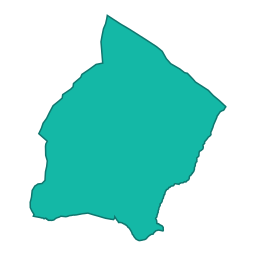 outline of Bradesti, Harghita, Romania
{"feature_id": "2599482B45908659223453", "entity_name": "Bradesti", "entity_type": "district", "adm_level": 2, "iso_a3": "ROU", "parent_name": "Romania", "parent_adm1": "Harghita", "projection": "mercator", "projection_center": [25.438, 46.404], "detail": "fine", "context": "isolated", "style": "filled", "palette": "teal", "viewbox_px": 256, "rotation_deg": 0, "n_neighbors": 0, "source": "geoboundaries", "source_scale": "gbopen_adm2", "svg_char_len": 4401}
<svg xmlns="http://www.w3.org/2000/svg" viewBox="0 0 256 256"><path d="M163.0,230.9L163.2,230.6L163.3,230.3L163.3,229.9L163.2,229.1L163.2,228.1L163.2,227.4L162.7,226.6L162.0,225.8L161.4,225.5L160.7,225.2L159.8,224.7L159.4,224.6L159.1,224.4L158.8,223.8L158.4,223.7L157.3,223.7L156.9,223.5L156.7,223.0L156.8,222.7L156.9,222.4L156.7,221.3L156.7,220.9L156.5,220.2L156.3,219.7L155.7,218.9L155.6,218.7L155.8,218.0L156.5,217.3L156.8,217.0L157.0,215.9L157.1,215.0L157.3,214.5L157.4,214.4L157.5,214.1L157.6,213.3L158.1,212.6L158.2,211.8L158.1,211.0L158.5,209.9L158.8,209.5L158.8,208.5L159.1,207.4L159.7,206.2L160.1,205.7L160.2,204.9L160.2,204.7L160.0,204.4L160.2,203.7L161.0,203.1L161.3,202.8L162.1,201.5L162.1,200.8L162.4,200.0L162.6,199.1L163.4,198.0L163.4,197.3L163.5,196.8L163.7,196.5L163.6,196.2L164.0,195.6L163.9,195.0L164.7,194.5L165.1,192.4L165.3,191.8L165.5,191.5L165.7,190.9L166.1,190.6L166.3,190.2L166.4,189.7L166.8,189.4L167.4,189.4L167.6,189.3L168.1,188.9L168.9,187.4L169.1,187.4L169.3,187.3L169.5,187.5L170.2,187.1L170.6,186.6L171.2,186.1L171.5,186.0L172.2,186.0L173.5,185.7L174.1,184.9L174.3,184.5L174.3,184.2L174.9,183.8L175.8,183.7L176.5,183.9L178.0,184.1L178.7,184.1L179.0,184.3L179.5,183.6L180.7,183.0L181.6,182.8L182.4,182.8L182.9,182.8L183.5,182.5L183.9,182.2L184.4,181.7L185.0,181.9L185.9,181.9L186.3,181.7L186.7,181.0L188.7,179.7L189.2,178.6L189.3,177.8L189.2,177.3L189.4,176.9L189.5,176.5L190.0,175.7L190.4,175.4L190.8,175.4L191.6,174.0L192.2,173.7L192.5,173.2L192.4,172.7L192.8,172.5L193.5,171.8L194.0,170.7L194.2,169.8L194.5,169.0L194.3,168.0L194.6,167.1L195.0,166.4L195.3,165.6L195.3,165.1L195.3,164.4L195.3,164.0L195.5,163.4L195.7,163.2L195.8,163.0L196.0,162.2L196.7,161.8L196.9,161.5L196.8,160.4L196.8,160.2L196.9,159.6L196.8,158.9L196.8,157.9L197.8,157.0L198.6,156.4L198.9,155.6L199.0,153.2L199.3,151.6L199.7,151.1L200.2,151.0L201.3,150.3L202.9,148.9L203.3,147.0L203.2,146.4L203.1,146.1L202.9,145.9L203.2,144.7L204.3,143.7L204.7,143.1L204.5,142.3L204.6,141.7L205.5,140.8L205.6,140.6L206.1,140.1L206.7,139.4L207.8,137.9L208.4,137.0L209.4,136.4L210.5,135.4L211.0,134.5L210.8,133.4L210.9,132.0L211.0,131.6L211.5,130.9L211.8,130.1L212.1,129.4L212.2,128.7L212.7,128.0L213.3,125.8L213.5,125.1L213.8,124.3L216.7,117.7L217.2,115.9L217.7,115.4L218.9,113.6L220.1,111.9L220.7,111.5L222.0,110.7L223.0,110.5L224.0,109.8L224.2,109.3L224.6,108.8L224.7,108.5L225.1,107.7L225.7,107.0L225.8,106.9L225.8,106.6L225.6,106.4L224.0,105.0L219.2,100.5L213.3,95.6L210.8,93.0L208.4,90.4L195.4,82.0L193.2,79.4L187.4,73.3L184.6,72.7L179.7,68.9L175.9,66.7L170.7,63.7L166.3,58.7L162.2,51.3L156.7,46.8L146.8,40.3L129.8,29.5L120.3,23.9L107.3,15.4L106.8,18.5L105.6,23.8L103.5,28.7L102.1,35.6L101.0,41.8L101.6,49.1L102.7,63.1L96.1,64.4L89.1,69.5L81.9,74.4L80.7,77.4L73.5,83.5L73.1,86.8L70.7,89.2L62.7,94.6L62.2,98.1L59.0,100.9L53.1,105.7L49.4,112.7L46.6,118.4L43.1,123.2L41.4,128.3L38.8,133.7L47.3,141.2L45.8,144.1L45.5,146.4L45.6,150.5L45.7,155.4L47.3,160.9L46.7,166.4L45.5,171.7L45.2,176.6L45.0,180.4L42.0,183.5L37.9,184.0L36.4,185.1L34.8,186.1L33.5,188.3L32.2,190.4L31.5,197.1L30.9,199.7L30.2,202.2L30.3,207.6L31.8,210.8L34.0,214.4L33.6,215.3L33.3,216.2L33.8,216.3L35.3,216.6L39.6,217.4L41.0,217.7L41.3,217.9L42.3,217.9L42.9,218.1L43.2,218.2L43.7,218.3L44.0,218.8L44.7,218.6L45.5,218.2L45.8,218.5L46.4,218.5L46.7,219.2L47.3,219.2L47.6,219.8L48.2,219.9L48.4,220.3L49.2,220.4L50.0,220.2L50.9,220.4L51.8,220.4L53.6,220.0L54.1,219.8L55.1,218.9L56.4,218.0L59.2,217.1L60.8,216.2L65.8,216.7L67.0,216.5L68.0,216.2L69.2,215.7L69.8,215.6L70.4,215.5L71.1,215.5L71.8,215.3L73.1,215.1L73.8,215.0L74.8,215.1L75.7,214.9L76.3,214.9L76.9,214.8L82.6,213.7L83.1,213.7L83.3,213.6L83.9,213.6L87.9,213.1L93.2,214.7L98.6,216.2L102.9,217.5L105.7,218.3L109.8,219.0L110.7,219.2L111.7,219.3L113.5,219.6L114.6,218.3L114.8,216.8L115.6,218.0L116.4,219.3L117.0,220.2L118.1,221.4L118.5,222.4L118.8,222.6L119.9,222.4L122.0,222.8L123.1,223.5L123.8,223.9L125.0,224.2L125.3,224.8L126.2,225.1L127.6,226.5L127.9,227.2L129.3,228.2L130.8,230.6L131.8,232.5L132.3,234.2L133.4,235.4L134.1,236.8L134.7,237.5L136.0,239.1L138.5,240.4L139.5,240.6L141.3,240.3L142.7,240.0L143.9,239.7L144.7,239.6L146.2,238.8L147.8,236.9L149.5,235.4L150.3,235.0L151.3,234.3L152.0,234.3L153.3,234.0L153.9,232.6L154.9,231.8L155.8,230.8L156.6,230.6L158.3,230.1L159.2,230.2L161.4,230.6L162.2,230.8L162.8,230.9L163.0,230.9Z" fill="#14b8a6" stroke="#0f766e" stroke-width="1.5"/></svg>